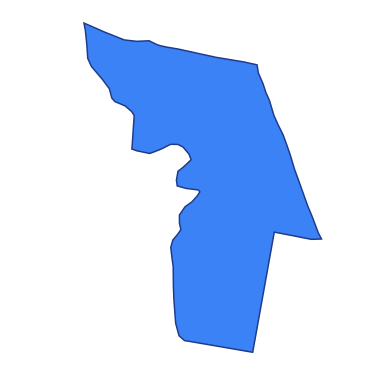 Kampong Cham, Kâmpóng Cham, Cambodia (Natural Earth projection), rotated 280°
{"feature_id": "14789045B1741124947579", "entity_name": "Kampong Cham", "entity_type": "district", "adm_level": 2, "iso_a3": "KHM", "parent_name": "Cambodia", "parent_adm1": "Kâmpóng Cham", "projection": "natural_earth1", "projection_center": [105.447, 11.989], "detail": "fine", "context": "isolated", "style": "filled", "palette": "blue", "viewbox_px": 384, "rotation_deg": 280, "n_neighbors": 0, "source": "geoboundaries", "source_scale": "gbopen_adm2", "svg_char_len": 1161}
<svg xmlns="http://www.w3.org/2000/svg" viewBox="0 0 384 384"><g transform="rotate(280 192 192)"><path d="M328.5,234.0L329.1,220.3L329.0,210.6L328.8,191.7L329.6,171.9L330.4,153.4L330.3,141.4L330.6,135.0L331.2,131.3L333.5,123.5L330.8,111.5L330.0,98.8L334.2,78.6L339.6,56.3L336.3,57.5L333.0,58.8L319.0,62.8L305.5,66.1L298.1,71.2L287.5,84.0L279.3,92.7L270.5,96.8L267.6,100.5L266.2,106.8L265.1,111.3L260.9,118.4L257.3,121.8L228.4,124.9L223.9,125.3L223.0,130.5L222.6,143.6L224.7,147.3L229.0,154.3L235.3,162.7L236.4,169.9L234.7,175.4L228.7,182.5L223.6,185.5L214.8,179.0L210.0,174.6L200.9,174.6L195.4,176.4L194.5,185.4L195.1,197.9L193.5,199.7L189.1,197.9L182.4,193.7L176.2,187.7L167.1,183.6L158.9,185.1L153.1,187.6L148.2,185.4L141.4,181.5L133.8,180.7L123.4,183.8L115.0,186.5L105.8,188.2L95.1,190.2L82.3,193.0L71.7,195.7L59.9,198.7L48.2,204.2L44.4,210.4L44.7,279.6L166.8,280.0L166.1,317.7L168.2,327.7L173.8,323.4L189.0,314.4L198.3,308.4L219.8,296.2L231.7,289.3L245.6,282.3L254.6,277.3L264.1,271.8L273.3,265.0L281.8,259.3L289.9,255.2L293.0,253.7L295.7,252.3L303.1,247.3L310.7,243.3L320.7,236.7L328.5,234.0Z" fill="#3b82f6" stroke="#1e3a8a" stroke-width="1.5"/></g></svg>